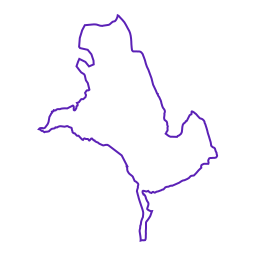 outline of Kiri, Bandundu, Democratic Republic of the Congo
{"feature_id": "63176286B37259268611319", "entity_name": "Kiri", "entity_type": "district", "adm_level": 2, "iso_a3": "COD", "parent_name": "Democratic Republic of the Congo", "parent_adm1": "Bandundu", "projection": "albers", "projection_center": [19.184, -1.724], "detail": "fine", "context": "isolated", "style": "outline", "palette": "violet", "viewbox_px": 256, "rotation_deg": 0, "n_neighbors": 0, "source": "geoboundaries", "source_scale": "gbopen_adm2", "svg_char_len": 5621}
<svg xmlns="http://www.w3.org/2000/svg" viewBox="0 0 256 256"><path d="M81.2,72.4L83.9,74.1L84.3,74.5L84.8,75.5L85.9,80.3L87.8,83.1L89.1,88.4L89.4,89.7L88.7,90.3L88.0,90.4L87.1,90.3L86.3,91.0L85.1,92.8L85.3,93.6L85.9,94.7L86.0,95.1L85.8,95.9L85.5,97.1L83.3,99.1L81.5,99.1L81.0,99.4L78.9,102.2L78.0,102.6L77.0,102.9L77.3,103.4L77.4,103.7L77.6,104.5L77.7,104.9L77.5,105.6L76.8,106.0L76.5,106.4L76.3,108.2L75.2,110.0L74.8,110.3L74.2,110.3L73.8,110.0L73.7,108.8L73.8,107.5L73.8,107.1L73.7,106.5L73.5,106.1L73.2,105.7L72.8,105.6L69.6,107.2L67.3,108.4L64.6,108.3L62.3,108.5L61.1,108.7L59.8,109.2L58.7,109.1L57.4,109.2L56.3,109.7L55.8,110.3L55.0,110.5L53.8,110.2L53.4,111.3L52.8,111.3L52.1,111.5L51.9,111.7L52.1,112.2L51.9,112.7L51.9,112.9L51.2,113.6L50.7,114.7L49.4,117.0L48.6,121.7L48.2,122.9L47.5,124.4L45.5,127.0L45.3,127.4L44.8,127.8L43.6,128.3L43.1,128.4L42.5,128.2L42.2,128.0L40.4,128.1L39.6,128.4L39.4,128.6L38.9,129.2L39.3,129.3L40.0,129.5L41.7,130.9L42.6,130.9L44.4,132.2L45.3,131.8L45.7,131.8L47.8,131.6L49.1,131.2L49.4,130.8L50.8,129.5L51.9,128.8L54.3,128.4L54.8,128.2L55.4,127.4L56.0,127.3L56.9,127.5L58.3,126.7L59.6,126.3L60.8,126.2L62.3,126.4L64.6,126.7L67.0,126.1L67.7,126.2L68.8,126.9L71.4,127.8L71.7,128.2L72.0,130.2L72.4,131.0L72.5,132.1L73.1,132.8L73.7,133.2L74.7,133.3L76.8,135.6L77.3,135.8L78.5,135.7L82.1,139.5L83.0,139.9L83.7,138.9L84.0,138.6L84.6,138.4L85.8,139.0L87.8,139.0L88.3,139.4L89.0,140.4L89.5,140.5L91.2,138.6L91.9,138.5L93.5,140.1L93.9,140.4L94.5,140.4L94.6,140.6L95.2,141.3L96.6,142.1L97.7,142.4L99.3,143.7L102.8,145.3L103.4,145.4L105.7,144.9L107.4,144.9L107.5,145.0L108.4,145.3L112.5,148.4L121.7,155.4L126.9,165.5L126.6,165.4L126.5,166.3L127.2,167.9L127.2,169.4L127.5,170.9L128.5,172.7L129.4,173.8L132.3,176.1L132.8,176.7L134.6,180.9L134.9,181.1L136.2,181.8L137.7,183.2L138.1,183.7L138.3,184.7L137.8,186.8L137.9,187.6L137.6,188.5L137.1,190.1L136.9,191.2L137.4,193.0L137.8,194.7L138.1,195.6L138.8,198.4L139.9,201.8L141.2,205.7L142.2,208.6L142.8,210.6L143.2,212.4L143.2,214.2L142.9,217.1L142.3,218.4L141.7,219.9L141.2,221.5L141.1,222.1L140.8,224.6L140.3,225.7L140.1,228.4L139.7,229.9L139.6,231.2L140.4,236.3L140.7,239.1L140.6,240.6L141.6,240.3L142.5,240.2L143.9,240.3L145.1,240.1L145.6,239.1L145.8,237.5L145.8,235.6L145.9,233.6L145.8,231.6L146.0,228.2L146.0,225.9L146.0,224.2L146.0,223.4L146.0,222.5L146.4,221.6L147.4,220.4L148.4,219.0L149.4,217.5L150.2,216.2L150.6,215.1L152.0,211.1L150.5,211.2L150.0,210.8L149.3,210.6L148.5,210.0L148.1,209.9L147.3,209.2L147.2,208.5L147.6,207.3L148.2,205.5L148.4,204.6L148.4,203.2L148.0,202.3L147.2,201.2L145.9,198.3L145.8,197.2L145.4,196.7L145.1,195.6L143.9,194.3L143.5,194.5L142.6,192.7L142.6,191.2L143.1,190.8L144.0,190.9L145.7,191.4L146.7,191.5L148.2,190.9L148.8,191.5L149.7,192.4L149.9,192.4L150.2,192.5L151.4,193.0L152.6,192.0L153.2,191.9L154.4,192.6L155.0,192.6L156.5,191.7L158.1,191.4L161.3,190.2L162.2,189.7L162.7,189.5L163.2,189.5L163.6,189.3L165.4,187.3L166.9,186.8L168.3,186.7L168.6,186.6L170.1,185.9L171.4,185.6L172.0,185.8L173.7,185.1L179.2,182.7L181.6,181.1L182.9,180.5L184.5,180.2L187.2,179.0L188.9,178.0L190.6,176.2L191.5,175.8L193.8,175.5L194.3,175.1L196.3,173.0L198.7,170.2L201.3,167.7L201.1,166.9L201.2,165.9L201.6,165.0L202.6,164.4L204.0,163.8L205.7,163.8L206.9,163.8L208.3,163.8L208.6,162.7L208.2,160.8L208.5,159.7L209.2,158.4L210.2,158.0L211.5,158.0L212.7,157.9L214.5,157.9L215.7,157.6L216.2,157.4L216.7,156.7L217.1,155.9L217.0,155.0L216.7,154.3L216.5,152.7L215.7,151.2L214.9,148.5L214.2,147.8L212.6,147.1L211.2,145.7L211.0,144.2L210.8,143.0L210.7,142.3L209.9,139.7L209.4,138.0L208.8,136.0L208.0,133.6L207.6,132.1L207.4,131.1L206.9,129.3L206.4,127.6L205.9,126.1L205.4,124.4L205.0,123.6L204.6,122.8L204.5,121.8L204.2,121.1L203.7,120.4L203.0,119.7L202.4,119.2L201.6,118.8L201.0,118.6L200.4,118.5L199.7,118.1L199.0,117.4L198.3,116.6L197.6,115.9L197.0,115.1L196.4,114.5L195.9,113.9L195.0,113.3L194.3,112.6L193.8,112.3L193.2,111.9L192.6,111.6L192.3,111.5L191.9,111.4L191.6,111.7L191.6,112.7L191.4,114.3L190.4,114.7L189.6,115.3L187.0,120.5L186.6,121.0L185.9,121.2L185.9,121.5L184.3,123.2L183.7,123.4L182.8,124.9L182.6,125.9L182.4,126.6L182.3,127.5L182.2,128.5L182.2,129.1L182.1,129.7L182.0,130.5L181.9,131.3L181.9,131.9L181.5,132.7L181.2,133.5L180.7,134.1L180.1,134.6L179.2,135.3L178.6,135.7L177.7,136.0L177.2,136.6L177.0,136.9L174.8,136.8L170.4,136.7L169.0,136.1L168.5,135.8L165.7,133.7L166.2,133.0L166.6,131.8L167.5,130.6L167.6,129.6L167.5,128.4L167.5,127.5L167.8,126.4L167.2,124.8L167.2,123.4L166.9,122.2L166.6,121.5L164.6,119.9L164.2,118.8L164.1,117.7L164.4,115.3L164.5,114.8L164.3,113.9L164.8,112.2L164.9,111.4L164.8,110.7L164.4,109.7L163.7,108.7L163.2,108.1L162.7,107.2L162.1,105.6L161.8,104.4L161.5,103.6L161.3,102.7L161.2,102.0L160.9,101.0L160.6,100.1L160.3,99.6L159.9,98.7L159.5,97.8L159.2,97.1L158.8,96.6L158.3,95.9L158.0,95.2L157.8,94.6L157.8,93.9L157.1,93.6L155.8,90.4L153.1,84.7L152.0,80.3L151.5,78.3L149.6,73.1L148.4,69.8L146.9,66.7L145.8,63.5L145.0,60.4L143.9,57.3L143.1,55.3L142.8,54.3L142.0,53.2L141.3,52.4L140.5,51.8L139.4,51.5L135.8,51.4L133.2,51.4L132.6,51.0L132.0,50.1L131.7,47.9L131.4,44.3L131.3,41.6L131.1,38.9L130.9,37.3L130.7,35.8L130.1,33.2L129.3,31.1L127.8,28.4L126.1,25.2L124.4,22.3L122.3,19.8L120.2,17.6L118.7,15.9L117.7,15.4L117.4,17.0L116.3,19.5L115.3,20.8L114.8,21.2L112.6,21.8L109.5,24.5L108.4,24.9L104.4,25.5L103.0,25.7L102.5,25.9L100.2,25.7L98.6,25.2L96.7,24.6L95.0,24.4L93.6,24.4L84.8,25.2L82.1,30.4L81.4,32.8L79.8,38.0L79.1,46.8L80.1,48.1L87.7,49.8L91.4,54.3L93.5,60.6L93.7,64.4L89.0,66.4L85.4,61.9L79.3,58.9L78.0,61.9L76.5,66.3L79.5,70.3L81.2,72.4Z" fill="none" stroke="#5b21b6" stroke-width="2"/></svg>